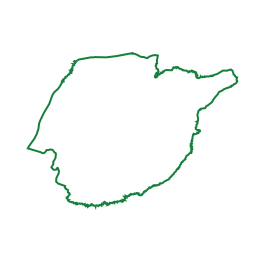 Ulanga, Morogoro, United Republic of Tanzania, rotated 199°
{"feature_id": "72390352B93515871634078", "entity_name": "Ulanga", "entity_type": "district", "adm_level": 2, "iso_a3": "TZA", "parent_name": "United Republic of Tanzania", "parent_adm1": "Morogoro", "projection": "albers", "projection_center": [36.287, -9.043], "detail": "fine", "context": "isolated", "style": "outline", "palette": "green", "viewbox_px": 256, "rotation_deg": 199, "n_neighbors": 0, "source": "geoboundaries", "source_scale": "gbopen_adm2", "svg_char_len": 5729}
<svg xmlns="http://www.w3.org/2000/svg" viewBox="0 0 256 256"><g transform="rotate(199 128 128)"><path d="M216.1,76.1L202.4,76.7L200.8,76.4L199.3,76.8L198.2,78.7L197.8,80.6L195.9,81.3L194.9,82.2L192.9,82.8L191.9,82.6L189.4,80.9L188.3,80.7L187.7,80.0L186.8,75.9L187.7,71.3L186.8,69.8L187.6,65.8L185.6,64.7L184.7,64.4L183.4,64.7L182.1,65.6L181.8,67.3L181.1,67.2L180.7,66.3L179.4,65.1L178.8,63.0L179.4,57.2L178.5,53.9L175.8,52.7L168.5,52.7L168.3,51.0L167.1,50.6L166.8,50.1L164.8,50.0L163.8,47.5L162.2,47.3L161.4,46.3L162.4,44.1L162.2,43.3L162.6,43.0L162.6,42.6L163.2,42.4L162.9,42.0L163.1,41.7L161.6,40.9L161.5,40.5L160.7,40.6L161.0,40.2L160.6,39.6L159.1,39.3L157.6,39.7L156.8,39.4L155.9,40.0L154.7,39.2L153.8,40.0L152.5,39.2L152.4,40.2L152.0,40.6L151.6,40.4L151.5,39.7L151.1,39.5L149.1,41.0L148.1,40.9L146.7,41.6L145.8,40.9L144.1,42.1L143.7,41.0L142.6,40.4L142.3,41.6L141.4,42.3L141.0,42.1L141.2,41.1L140.4,40.3L139.7,42.0L139.0,41.9L138.6,42.6L137.8,42.8L138.0,43.7L137.7,44.2L136.3,44.0L135.7,43.4L133.7,43.9L133.1,43.2L133.2,44.0L132.5,44.7L130.4,44.6L130.2,45.7L129.0,46.3L127.7,46.0L128.0,48.0L127.5,48.1L127.2,47.4L126.8,47.5L126.8,48.5L126.4,48.9L126.6,49.5L125.7,49.3L125.7,50.5L125.0,50.3L123.9,49.2L123.1,49.9L122.7,49.2L122.0,49.2L122.1,48.7L121.3,49.3L121.3,49.9L120.2,49.8L120.7,50.1L120.8,51.3L120.0,51.3L119.8,51.7L118.2,51.9L118.0,52.7L117.5,53.2L116.7,52.8L116.9,53.4L116.5,54.0L116.0,53.9L114.6,54.8L114.0,54.3L113.8,55.3L111.9,55.9L111.6,56.4L110.0,56.4L110.4,57.1L109.4,57.2L109.6,57.9L108.8,57.5L108.7,58.5L107.6,58.7L108.1,59.0L107.8,59.3L108.1,60.8L107.6,61.1L108.2,61.4L107.6,61.6L108.6,62.0L107.9,62.2L107.3,62.9L107.5,63.1L106.3,63.0L105.3,64.4L105.1,63.9L104.8,64.1L104.7,64.8L104.4,64.9L103.9,65.7L103.9,66.6L103.3,66.7L102.7,66.4L101.9,67.0L101.3,67.0L100.9,67.7L100.0,67.7L99.6,68.1L99.9,68.4L99.0,68.7L98.7,69.3L97.5,69.5L97.8,69.0L97.1,68.7L96.7,68.9L96.3,68.6L95.9,68.8L95.9,68.3L95.5,68.1L95.2,68.4L93.9,68.5L93.0,69.3L93.0,70.6L92.4,70.9L92.0,71.9L92.2,72.8L91.2,73.4L91.4,73.8L91.1,74.2L90.5,74.2L89.4,76.6L88.9,76.9L88.5,78.7L88.1,79.0L87.2,78.7L86.2,80.5L85.6,80.7L85.3,81.3L85.5,81.7L84.9,82.4L84.3,82.1L83.8,82.6L83.5,82.3L82.1,83.4L81.7,83.2L80.3,84.8L79.8,84.7L79.6,86.3L78.4,86.4L77.6,87.0L76.1,89.3L72.8,92.7L72.3,93.5L72.5,94.4L71.7,95.4L71.2,96.9L70.8,97.2L70.7,98.3L69.8,99.0L69.9,100.1L68.5,103.0L68.4,104.5L67.5,105.3L67.9,105.9L67.6,106.3L67.2,106.1L67.1,107.4L66.6,107.5L66.7,110.0L66.1,111.3L66.4,112.0L66.1,113.2L65.3,113.6L65.3,114.5L64.1,116.3L64.2,116.7L63.5,117.4L63.9,118.3L63.5,121.0L62.6,121.8L61.5,124.2L60.6,124.7L60.7,125.2L60.0,125.2L60.1,126.5L60.5,126.6L60.4,127.1L61.0,127.4L61.1,127.9L60.3,129.0L60.7,129.5L61.0,129.2L62.0,129.7L61.7,130.4L62.1,130.8L61.7,131.1L62.3,131.3L61.9,131.5L62.6,132.1L62.3,132.4L62.5,133.3L62.8,133.3L62.6,133.8L63.1,133.8L62.7,134.4L63.4,135.1L63.2,135.9L63.6,136.4L63.1,136.9L63.7,137.6L63.5,139.0L64.0,140.3L64.3,143.0L63.9,144.0L63.0,143.6L60.7,145.5L60.9,146.1L59.8,146.1L59.9,148.4L59.0,148.2L58.8,148.6L59.4,149.2L62.3,148.7L63.5,149.1L64.2,150.5L63.7,151.2L64.3,153.3L63.7,154.8L64.4,155.9L64.3,156.6L65.0,156.5L64.4,157.3L64.3,158.1L64.8,160.0L66.5,162.6L66.8,164.3L66.7,166.3L67.0,166.8L65.8,169.5L65.3,169.2L65.1,169.8L64.1,170.6L61.4,172.0L61.1,174.3L60.0,175.2L57.0,179.8L56.6,182.3L55.6,185.7L54.3,188.5L53.6,191.8L51.3,193.8L50.1,195.7L47.9,197.7L47.1,198.0L46.8,198.7L45.5,199.3L44.6,200.2L44.5,200.9L43.9,200.8L43.7,201.8L42.7,202.3L42.2,203.8L40.9,204.8L40.1,206.5L39.9,207.9L40.7,208.3L41.1,209.0L41.3,211.4L42.5,211.3L43.5,211.8L44.3,212.7L45.7,213.0L46.3,214.3L48.1,216.3L49.7,216.8L53.2,214.4L57.0,213.2L61.1,208.2L64.6,205.7L64.5,205.2L64.8,204.8L66.0,204.2L66.6,204.5L67.9,203.2L70.8,202.2L71.3,201.7L72.0,201.8L72.2,201.2L72.7,201.3L73.0,200.9L74.2,200.8L74.3,200.2L75.6,199.8L76.0,200.2L76.0,199.6L77.2,198.2L77.6,198.4L78.7,197.9L80.1,198.6L79.5,200.3L80.1,200.6L80.5,200.1L80.6,200.7L81.2,200.7L80.9,201.7L81.2,202.0L81.6,201.8L82.2,202.9L83.1,202.8L83.1,202.4L83.9,202.8L84.5,202.2L84.7,202.7L85.1,202.4L85.7,202.9L86.0,202.6L86.5,202.9L86.9,202.0L87.3,202.0L87.8,201.3L88.3,201.7L89.1,200.6L89.3,201.0L89.8,200.7L90.9,201.3L94.7,200.5L94.8,200.8L96.4,200.8L97.3,201.1L97.8,200.8L99.2,201.0L99.8,201.2L99.8,201.5L101.2,201.8L101.6,200.8L102.0,200.9L102.1,200.5L102.8,201.1L104.1,199.8L104.8,200.0L105.2,197.0L105.7,196.7L110.4,195.4L112.1,194.2L112.5,193.0L113.2,193.0L113.2,191.6L113.6,191.1L114.1,190.9L114.3,191.4L114.8,191.2L115.0,189.9L115.8,189.5L115.7,188.8L116.9,188.3L116.9,186.9L117.4,185.6L117.6,185.2L118.6,185.1L118.7,184.8L119.1,185.0L118.6,186.2L119.4,186.3L119.1,188.8L118.7,188.8L118.6,189.6L117.6,189.5L118.0,189.9L117.6,190.3L117.8,190.9L117.5,191.3L118.7,193.2L120.3,193.3L120.9,194.5L122.1,195.7L121.7,196.5L122.3,197.6L121.5,198.4L121.5,198.9L122.0,199.3L122.7,201.5L123.3,206.2L126.0,205.8L128.3,204.7L130.8,202.7L132.7,200.2L136.4,200.2L138.5,199.6L140.4,199.6L142.5,200.1L145.7,200.3L148.9,199.5L148.8,199.9L162.2,192.3L171.4,187.8L182.6,184.2L183.6,183.5L186.0,182.8L197.1,176.5L198.8,174.0L199.5,173.7L200.3,173.9L200.6,173.3L198.9,172.7L199.6,170.9L200.6,170.6L199.6,170.2L199.4,169.8L200.1,169.3L200.6,168.0L200.0,166.5L200.8,165.2L199.8,164.8L200.5,164.2L200.6,163.5L201.3,163.3L200.5,162.7L200.0,162.9L200.3,162.2L199.5,161.7L200.3,161.0L200.9,161.1L201.2,160.1L201.0,159.5L201.7,159.2L202.1,158.6L202.4,157.0L203.8,156.0L203.4,154.8L204.1,154.3L204.7,152.8L205.3,152.6L205.3,152.1L204.4,151.9L204.1,151.3L205.4,151.2L205.8,150.7L205.7,150.1L204.9,149.6L205.5,148.1L206.1,144.7L206.9,142.2L209.4,137.8L210.2,134.0L210.3,125.1L212.5,114.7L213.5,105.7L213.5,103.2L212.4,97.9L212.3,92.5L213.0,87.6L215.6,78.9L216.1,76.1Z" fill="none" stroke="#15803d" stroke-width="2"/></g></svg>